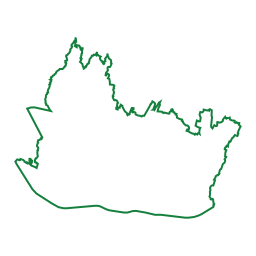 Kota Bandung, Jawa Barat, Indonesia
{"feature_id": "22746128B71762235135177", "entity_name": "Kota Bandung", "entity_type": "district", "adm_level": 2, "iso_a3": "IDN", "parent_name": "Indonesia", "parent_adm1": "Jawa Barat", "projection": "natural_earth1", "projection_center": [107.64, -6.903], "detail": "fine", "context": "isolated", "style": "outline", "palette": "green", "viewbox_px": 256, "rotation_deg": 0, "n_neighbors": 0, "source": "geoboundaries", "source_scale": "gbopen_adm2", "svg_char_len": 5755}
<svg xmlns="http://www.w3.org/2000/svg" viewBox="0 0 256 256"><path d="M111.6,63.7L111.0,63.2L111.2,61.5L110.9,60.1L109.0,58.5L107.6,55.3L107.5,53.5L107.2,56.4L106.9,56.4L105.1,58.7L105.4,59.4L105.1,60.4L105.3,61.2L104.4,61.4L104.0,61.8L104.4,63.5L103.8,64.1L103.2,63.7L102.8,62.6L102.2,62.1L102.2,61.2L100.9,60.5L100.3,59.4L100.0,58.3L100.1,57.3L100.7,56.6L98.6,55.6L98.0,54.9L96.9,55.4L97.1,52.0L96.2,53.8L95.0,55.0L93.7,54.7L93.3,55.6L91.8,55.7L91.6,56.8L89.6,59.2L89.3,61.3L88.7,62.4L89.0,63.0L87.9,64.0L87.4,64.0L86.2,66.5L85.7,66.3L85.4,67.3L84.9,67.2L84.2,68.4L83.7,68.6L83.6,67.7L82.8,66.2L82.4,64.0L80.0,61.9L81.0,60.5L80.6,58.7L81.5,59.0L81.6,58.7L81.1,58.3L81.1,55.9L81.5,55.4L81.4,54.0L82.1,53.4L82.0,50.6L82.6,49.3L82.5,47.3L81.7,50.4L80.7,49.6L80.8,49.2L80.2,47.9L80.3,47.2L79.6,46.8L79.3,45.6L76.9,45.2L76.7,47.2L74.8,46.0L75.4,44.4L75.2,42.4L75.4,42.0L76.2,41.8L75.8,38.4L75.6,38.3L75.3,39.8L75.5,40.6L74.5,40.8L73.0,43.3L72.3,43.8L71.8,45.1L71.4,45.3L71.5,45.9L72.1,46.7L71.3,48.3L70.5,49.0L70.2,49.7L70.4,50.8L69.1,53.2L68.0,54.0L67.6,54.8L66.2,55.4L66.1,56.5L66.4,56.8L67.2,60.1L66.8,60.6L65.3,60.9L65.6,61.8L65.3,62.5L66.0,62.7L66.3,63.3L65.8,64.4L65.7,65.7L64.9,66.1L64.7,66.9L63.8,67.4L63.5,68.3L62.5,69.0L59.7,69.0L59.1,69.8L57.4,70.9L56.1,72.3L55.8,73.5L54.6,74.2L54.2,75.1L52.7,75.7L52.4,76.7L51.2,77.0L50.9,77.7L51.4,79.3L50.2,79.7L51.3,80.6L51.3,81.1L50.0,82.5L50.5,83.2L50.3,84.1L49.7,84.0L49.2,84.7L49.7,85.7L49.3,87.7L48.4,89.0L47.8,90.7L48.1,92.6L47.2,92.8L47.0,94.2L46.5,94.4L46.1,95.1L45.9,97.0L45.2,99.5L45.6,100.8L45.4,102.2L45.6,103.1L46.2,103.4L46.1,104.9L47.6,105.6L49.5,109.3L50.8,111.0L34.6,107.4L30.8,107.5L27.2,108.6L42.3,137.5L41.5,139.0L40.8,138.4L39.7,139.9L38.1,140.3L37.7,142.0L38.2,142.7L37.8,143.0L37.1,145.0L37.1,146.5L37.7,146.9L38.3,148.0L38.0,149.7L37.5,150.2L37.8,150.6L37.5,150.9L37.3,152.9L37.8,156.5L36.1,158.5L35.7,158.4L35.4,158.9L34.9,160.5L35.0,162.1L36.2,162.5L36.0,162.8L36.4,163.1L37.8,163.7L37.7,164.3L36.6,168.0L35.4,167.2L31.2,165.5L30.6,164.8L31.6,163.1L32.2,161.3L32.2,160.8L31.3,160.8L31.3,160.0L31.0,159.7L30.3,159.7L30.3,158.9L29.5,158.9L29.5,159.2L29.4,161.0L29.9,161.8L29.3,163.8L27.1,162.4L26.9,163.2L26.3,162.8L24.5,161.7L24.6,161.3L23.3,160.0L20.4,159.0L20.1,160.0L19.6,160.2L17.3,159.4L15.4,161.5L16.6,164.1L32.4,189.2L36.4,193.5L51.8,203.4L58.6,207.2L63.3,208.2L66.0,208.3L94.8,205.8L97.9,205.8L100.3,206.4L106.0,209.2L109.3,210.3L123.7,212.5L127.7,212.5L132.6,211.1L135.9,210.9L145.2,212.5L155.0,214.8L161.0,214.8L185.3,217.7L188.2,217.7L194.1,217.0L198.7,215.5L201.8,214.0L213.4,206.9L213.6,206.3L213.3,205.1L214.1,204.7L214.3,204.0L213.4,202.8L213.1,199.4L212.4,198.9L211.5,199.5L210.7,199.3L210.7,198.5L209.5,196.6L210.1,194.4L209.9,191.7L210.5,190.2L210.4,189.1L210.0,188.7L210.1,187.7L210.5,186.8L211.5,185.7L212.8,185.2L213.3,185.4L215.0,180.3L214.0,179.8L215.5,177.4L215.6,176.4L216.6,175.5L217.4,175.4L217.7,175.0L218.0,175.2L219.2,174.0L219.4,173.5L219.1,173.2L219.8,170.3L220.5,169.2L221.2,169.0L222.8,164.1L224.3,162.9L224.9,161.8L225.2,160.1L224.6,159.3L226.2,156.9L225.1,156.4L225.4,152.5L226.3,150.1L224.8,149.4L225.0,148.8L224.8,148.5L225.3,147.4L226.0,147.1L226.6,145.8L228.0,146.5L228.2,144.4L229.4,141.4L230.4,141.7L232.0,138.3L233.2,137.4L234.8,135.1L237.4,136.0L237.7,135.4L238.3,133.4L237.8,133.1L238.4,131.0L240.6,126.3L239.0,125.0L239.3,123.0L238.9,122.9L238.1,123.5L236.8,122.3L236.4,122.8L235.2,122.8L234.5,122.3L234.8,121.0L234.0,120.5L232.2,120.5L230.1,119.6L229.7,117.7L229.2,118.1L226.9,118.0L226.5,118.6L225.9,118.3L225.2,116.8L223.7,118.5L222.8,120.0L222.9,120.8L222.2,121.6L220.5,122.5L218.3,122.5L217.8,122.0L217.3,122.1L217.1,125.7L215.9,126.1L214.3,125.2L212.5,128.4L211.3,127.2L211.1,125.6L212.0,117.6L211.9,116.5L211.5,115.9L211.8,110.3L210.0,109.2L209.6,109.2L209.1,110.7L208.2,110.1L207.2,110.5L203.7,109.6L203.6,111.0L202.6,112.2L202.1,112.4L200.3,112.0L199.8,113.5L199.6,114.9L200.7,117.7L200.1,121.3L199.1,121.5L196.9,120.5L195.6,125.7L197.8,127.1L200.3,127.9L199.7,129.0L199.2,132.7L199.5,133.8L198.7,133.2L197.9,133.3L197.3,134.5L195.6,133.7L194.8,134.7L193.7,133.7L192.8,133.7L189.8,132.3L188.5,131.3L186.6,130.8L187.1,129.5L188.8,129.4L189.1,127.9L188.9,127.1L187.6,125.5L185.9,125.4L183.7,123.5L183.4,122.7L182.9,122.3L182.9,121.3L181.8,120.8L182.1,119.6L179.4,118.9L176.9,117.6L176.9,115.9L176.5,114.9L176.0,114.7L176.4,113.9L174.6,113.4L174.4,112.3L172.4,111.6L173.0,110.4L172.4,109.2L171.2,109.6L171.0,111.1L169.8,111.8L169.3,113.6L168.9,113.7L164.4,112.6L163.8,112.6L163.6,113.0L162.4,112.5L162.3,112.0L161.8,111.7L157.6,111.4L158.6,107.4L159.1,107.1L159.9,105.0L159.8,104.1L159.3,103.7L160.1,101.9L158.9,102.7L157.3,105.5L156.2,106.6L154.4,110.1L153.9,109.6L153.2,109.6L153.9,109.1L153.6,108.3L154.7,105.7L155.1,103.7L154.3,102.6L152.4,101.4L151.9,102.7L151.0,104.1L150.7,104.0L150.4,104.4L149.6,106.3L144.2,115.8L143.1,115.6L141.7,116.5L140.5,115.9L138.0,115.5L135.7,114.5L135.4,112.7L134.3,111.9L132.7,112.4L131.6,111.6L133.5,109.3L133.6,108.2L132.6,108.0L131.8,108.0L129.7,112.9L129.7,114.1L129.4,114.4L129.0,114.1L127.6,115.2L127.1,114.5L127.4,113.5L124.8,111.3L122.2,106.3L122.4,105.9L120.8,104.7L120.2,105.8L120.1,106.5L119.7,106.9L119.6,107.8L117.9,107.5L117.7,109.5L116.3,109.1L116.3,107.5L117.0,106.7L117.3,103.5L117.5,103.1L118.0,102.9L117.0,100.8L115.5,100.0L114.7,100.3L114.0,100.0L112.7,97.2L112.9,96.9L112.8,96.3L113.2,96.2L112.9,95.6L113.4,95.1L113.5,93.9L114.1,92.6L113.2,89.8L113.2,89.3L114.1,88.4L113.6,87.2L114.4,86.2L114.4,85.8L113.6,84.9L109.9,84.5L109.8,81.4L109.3,78.9L107.9,78.3L108.9,76.3L109.1,75.1L108.9,74.4L107.7,73.8L106.6,74.6L106.1,75.5L105.6,75.3L106.0,73.0L108.0,70.2L107.5,68.8L107.7,67.3L108.3,66.9L109.3,67.1L110.2,66.8L111.6,63.7Z" fill="none" stroke="#15803d" stroke-width="2"/></svg>